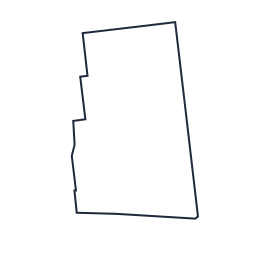 the district of Clark, Ohio, United States of America, rotated 79°
{"feature_id": "52423323B77322804510799", "entity_name": "Clark", "entity_type": "district", "adm_level": 2, "iso_a3": "USA", "parent_name": "United States of America", "parent_adm1": "Ohio", "projection": "orthographic", "projection_center": [-83.771, 39.904], "detail": "fine", "context": "isolated", "style": "outline", "palette": "slate", "viewbox_px": 256, "rotation_deg": 79, "n_neighbors": 0, "source": "geoboundaries", "source_scale": "gbopen_adm2", "svg_char_len": 360}
<svg xmlns="http://www.w3.org/2000/svg" viewBox="0 0 256 256"><g transform="rotate(79 128 128)"><path d="M179.2,192.5L201.4,194.5L210.1,155.6L229.8,79.3L228.2,76.2L118.9,67.9L33.1,61.5L27.3,140.0L26.2,154.4L69.1,157.8L68.5,165.1L111.3,168.2L110.6,180.4L134.2,183.6L144.6,188.5L179.4,191.0L179.2,192.5Z" fill="none" stroke="#1e293b" stroke-width="2"/></g></svg>